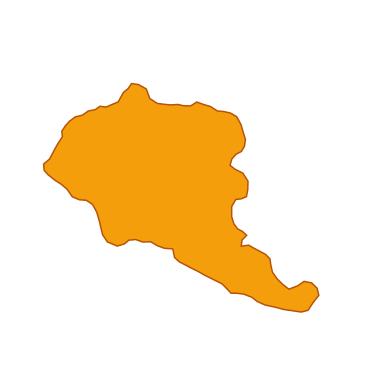 the district of Oratórios, Minas Gerais, Brazil, rotated 286°
{"feature_id": "56859067B13192127108265", "entity_name": "Oratórios", "entity_type": "district", "adm_level": 2, "iso_a3": "BRA", "parent_name": "Brazil", "parent_adm1": "Minas Gerais", "projection": "mercator", "projection_center": [-42.797, -20.437], "detail": "fine", "context": "isolated", "style": "filled", "palette": "amber", "viewbox_px": 384, "rotation_deg": 286, "n_neighbors": 0, "source": "geoboundaries", "source_scale": "gbopen_adm2", "svg_char_len": 1573}
<svg xmlns="http://www.w3.org/2000/svg" viewBox="0 0 384 384"><g transform="rotate(286 192 192)"><path d="M257.2,228.9L263.3,224.9L270.2,220.6L276.7,214.3L278.5,207.2L278.1,200.3L276.9,194.1L279.3,186.0L279.3,179.3L279.8,171.8L274.4,167.0L272.6,160.4L272.3,154.5L269.8,147.4L268.5,140.3L267.6,134.1L270.2,125.7L278.4,119.7L280.5,111.2L279.6,104.0L273.8,102.1L268.9,98.7L258.3,96.2L254.4,91.4L250.0,86.0L249.0,79.8L244.6,76.4L241.2,69.9L235.7,65.5L232.0,59.1L226.4,54.8L220.6,52.0L214.5,50.1L209.5,52.2L201.7,49.8L194.7,48.1L184.6,46.1L177.9,41.6L172.1,43.9L168.9,48.9L165.6,56.9L163.4,64.1L160.2,71.2L154.4,78.3L153.5,85.9L154.9,92.6L152.6,99.9L146.2,106.1L138.1,111.2L132.6,114.2L126.2,117.9L120.7,124.4L119.4,135.0L123.6,141.5L128.3,144.6L130.8,151.0L130.3,158.3L132.8,166.0L130.8,173.7L130.3,181.1L132.0,189.2L124.2,193.3L121.3,199.2L120.1,205.4L118.7,211.9L117.5,218.9L115.4,227.7L113.3,239.1L112.0,246.2L109.0,251.5L105.5,257.4L107.0,263.0L108.1,269.8L107.3,278.6L104.7,285.0L103.5,293.4L104.2,303.6L104.4,312.9L105.6,321.6L106.7,330.1L110.3,336.2L116.3,338.0L121.8,340.0L127.6,342.4L134.0,338.8L137.6,332.1L137.0,324.4L130.9,319.4L125.3,311.9L128.2,304.6L132.0,297.8L137.0,291.5L143.7,287.8L149.2,285.4L152.3,280.0L153.5,274.5L154.9,267.7L156.5,261.1L153.5,254.3L159.5,253.3L165.4,256.5L168.0,251.5L169.1,246.0L173.0,241.0L179.3,236.9L188.9,234.2L196.8,236.1L199.1,241.4L202.6,245.6L209.5,245.0L217.9,242.8L224.1,235.7L225.8,226.8L228.2,221.2L234.8,221.2L240.7,224.2L244.6,228.3L250.3,229.8L257.2,228.9Z" fill="#f59e0b" stroke="#b45309" stroke-width="1.5"/></g></svg>